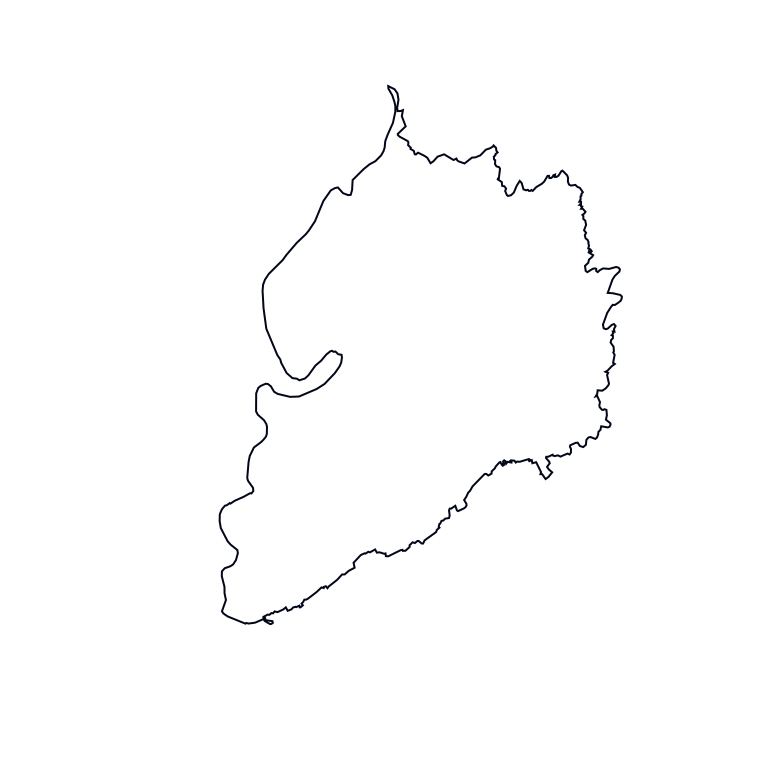 the district of Magura, Khulna, Bangladesh, rotated 222°
{"feature_id": "16705992B78415132034426", "entity_name": "Magura", "entity_type": "district", "adm_level": 2, "iso_a3": "BGD", "parent_name": "Bangladesh", "parent_adm1": "Khulna", "projection": "equal_earth", "projection_center": [89.424, 23.47], "detail": "fine", "context": "isolated", "style": "outline", "palette": "ink", "viewbox_px": 768, "rotation_deg": 222, "n_neighbors": 0, "source": "geoboundaries", "source_scale": "gbopen_adm2", "svg_char_len": 6166}
<svg xmlns="http://www.w3.org/2000/svg" viewBox="0 0 768 768"><g transform="rotate(222 384 384)"><path d="M435.6,240.7L432.5,235.5L422.8,222.7L420.3,221.1L411.9,219.2L409.5,217.0L409.3,213.9L410.4,213.3L412.9,206.1L416.8,197.4L418.1,192.3L419.0,192.2L419.7,188.7L420.8,187.1L420.6,182.4L418.9,177.4L414.3,172.0L408.8,167.7L395.0,162.5L390.5,162.0L381.9,162.5L379.4,160.5L376.2,154.1L375.4,148.9L376.3,145.6L379.1,140.5L379.1,136.3L375.9,132.6L366.8,126.5L362.5,121.8L356.9,117.7L352.3,106.6L349.7,106.0L344.5,106.7L326.6,113.2L326.5,114.2L324.2,115.5L320.1,120.4L316.3,128.6L313.9,128.1L307.9,129.4L307.1,130.5L306.8,132.1L308.2,133.1L314.1,129.2L315.7,130.5L317.3,129.7L317.8,130.2L316.1,134.8L314.7,135.8L314.4,138.4L313.0,139.3L313.1,141.8L310.5,143.2L308.0,149.0L307.5,152.3L303.8,151.0L302.0,154.5L302.0,157.1L300.7,159.2L300.0,159.4L298.6,162.6L297.2,161.6L296.6,162.2L296.2,165.2L298.3,165.7L298.2,167.9L298.9,170.4L297.6,171.6L296.9,173.5L294.9,184.2L294.3,191.1L292.3,192.0L292.9,193.0L291.9,194.8L289.4,194.4L289.6,196.6L287.8,207.0L287.7,214.4L285.8,216.2L285.2,221.5L282.9,227.8L287.0,230.8L286.8,241.3L285.2,245.1L284.3,245.5L283.4,248.8L281.8,249.5L279.9,255.1L276.5,253.9L274.6,256.0L270.2,258.0L269.5,259.1L267.4,257.3L265.5,258.9L260.5,271.5L259.3,273.1L258.4,272.6L256.5,274.4L255.9,280.0L257.1,281.3L256.8,285.5L254.6,286.5L254.2,289.5L253.3,290.5L249.2,290.7L248.2,291.6L249.2,295.0L246.2,308.9L247.1,310.9L246.7,314.3L247.6,314.3L249.2,317.0L248.8,317.8L249.7,320.8L248.6,322.2L248.5,324.8L246.0,327.9L247.2,330.2L251.1,333.6L251.8,335.4L250.7,336.4L249.5,341.2L245.3,338.9L243.9,339.1L241.3,345.2L241.0,347.3L241.5,349.1L242.6,350.1L246.8,351.4L247.3,355.0L248.7,359.5L248.6,362.2L249.7,367.2L249.0,384.4L247.9,385.6L245.3,385.8L244.1,389.3L245.5,391.1L245.2,395.5L245.8,397.6L245.8,403.0L245.3,403.9L243.9,403.2L242.8,404.1L242.3,402.8L241.0,402.8L240.7,404.3L241.5,405.4L243.7,406.2L243.6,407.7L241.7,407.9L239.9,406.6L240.1,408.8L236.7,410.9L237.3,411.7L238.7,411.5L238.6,412.2L235.8,414.3L233.5,413.8L233.2,415.4L231.1,417.0L226.1,425.2L225.4,425.3L225.3,424.2L224.4,423.9L223.3,426.3L220.7,424.4L218.6,427.7L208.3,423.6L207.4,421.7L206.2,422.8L200.3,421.5L199.6,424.9L199.9,430.9L204.3,430.8L207.4,431.5L207.8,436.0L209.3,436.8L214.1,437.4L214.7,438.4L213.2,440.0L211.4,444.3L210.5,443.9L209.0,444.6L206.9,447.4L204.3,448.1L201.1,455.0L198.9,455.8L199.2,458.1L201.5,460.8L203.9,461.8L204.6,463.1L202.2,468.5L200.8,470.0L196.9,469.0L193.7,470.5L193.3,474.0L196.2,477.9L196.3,480.9L195.2,482.7L190.2,484.6L189.9,486.8L191.2,490.0L192.6,491.8L192.5,494.8L194.3,497.9L188.6,501.5L187.8,503.1L188.4,505.3L189.5,506.3L195.2,506.0L197.5,510.0L201.4,513.6L203.3,512.8L203.7,511.4L204.8,510.7L208.3,511.1L209.9,512.5L211.3,515.0L217.6,517.8L218.4,516.4L218.9,519.2L221.0,522.3L217.3,525.1L216.3,529.1L216.4,532.9L216.9,534.7L224.2,539.9L224.9,542.2L227.6,541.3L226.8,543.5L226.7,549.5L225.9,553.3L227.9,553.0L232.1,560.0L234.7,560.8L235.1,562.2L238.3,565.3L243.3,566.4L244.6,568.8L244.5,571.1L246.1,573.0L247.5,572.6L247.5,575.0L249.1,576.1L247.7,577.1L249.9,578.7L250.7,582.1L253.3,582.4L254.3,580.2L254.8,574.9L255.8,573.2L258.0,572.4L261.0,574.6L265.7,586.2L266.9,593.2L267.0,595.9L265.3,597.2L264.2,601.6L263.8,604.5L264.6,606.6L265.8,608.2L268.0,608.3L274.6,604.6L278.7,601.4L284.1,614.5L284.8,618.8L284.3,625.1L285.4,627.1L287.4,627.4L289.8,626.3L293.7,620.2L298.5,616.5L299.8,613.0L300.0,610.2L301.9,610.0L303.4,611.6L304.6,611.1L306.0,609.2L307.7,603.2L309.8,603.0L313.7,606.3L313.3,610.8L314.9,613.6L314.4,617.9L314.8,619.7L319.9,618.7L320.5,619.9L318.5,619.8L318.5,621.7L320.9,622.1L322.9,621.4L324.2,624.0L326.2,625.2L326.9,626.3L329.0,627.3L331.6,627.1L334.3,628.9L335.0,631.6L338.2,632.1L340.3,637.5L343.8,640.1L346.3,640.0L348.1,642.1L349.7,642.4L349.2,644.7L349.5,646.8L353.6,647.2L354.8,646.1L355.4,648.5L356.5,648.0L357.4,648.9L358.5,648.0L358.5,650.2L359.6,651.3L360.8,650.2L361.6,653.0L363.5,654.9L363.3,656.1L364.4,657.1L364.6,659.6L369.7,660.8L372.2,659.9L375.0,660.0L377.9,656.5L380.0,656.0L382.7,657.4L385.2,660.4L387.5,661.6L394.1,662.0L394.6,660.7L393.7,655.5L394.4,653.3L395.6,652.2L397.0,654.1L397.8,652.4L397.3,651.0L397.6,649.0L398.9,647.7L400.6,649.1L401.7,648.1L400.4,641.5L400.7,638.4L402.6,632.2L402.7,627.0L404.3,626.8L404.4,625.6L405.4,624.5L407.0,624.6L408.0,623.0L410.6,622.0L416.2,625.5L419.0,625.7L418.0,620.0L415.6,613.1L415.9,609.3L417.7,606.7L419.1,606.6L423.1,608.5L424.0,610.9L426.9,611.5L428.7,610.3L431.6,612.9L436.4,612.2L436.8,612.9L436.2,613.6L441.8,621.6L443.4,622.2L446.1,621.0L448.5,621.6L451.1,624.7L452.4,624.5L454.5,626.4L454.3,628.5L455.0,629.4L454.5,632.1L456.7,632.6L458.7,634.4L462.2,634.6L462.0,633.1L462.9,630.2L465.1,626.3L465.4,618.4L467.7,613.6L470.1,611.1L471.7,601.8L477.4,599.4L479.2,599.2L481.0,600.0L482.2,597.0L493.0,594.9L496.3,588.8L496.3,582.7L497.1,579.2L503.2,581.1L506.7,580.6L513.5,578.7L513.9,575.9L514.9,575.3L517.9,577.2L521.6,576.4L522.2,577.5L525.9,577.6L527.5,579.9L528.8,580.4L538.1,578.2L540.5,578.4L541.1,579.1L540.3,590.0L549.9,594.9L553.2,600.2L554.2,598.1L556.5,595.9L558.8,597.8L563.5,605.0L568.5,609.0L573.4,610.1L580.2,608.2L578.4,606.5L570.9,604.0L564.8,600.5L561.5,598.1L557.7,593.8L552.1,584.1L548.1,571.7L545.6,565.4L541.7,560.1L540.1,556.6L539.1,551.9L539.5,543.8L541.7,537.7L542.9,530.3L543.8,514.6L537.6,506.9L535.3,502.3L537.0,500.4L542.1,498.4L549.8,499.2L551.5,496.8L553.1,492.3L551.5,479.4L544.2,458.8L542.6,448.1L542.3,443.1L543.3,430.5L542.9,414.7L542.2,408.3L543.3,388.8L542.3,382.0L540.3,376.9L536.5,371.9L524.1,359.6L508.4,346.3L482.6,334.1L477.4,332.8L474.7,331.0L463.7,327.0L456.0,327.1L452.2,329.7L449.4,330.1L446.4,335.2L446.0,339.8L447.3,352.0L446.3,359.1L446.6,367.3L445.8,372.2L445.0,373.8L443.0,374.2L441.8,375.6L437.9,375.5L435.1,377.3L433.0,375.6L430.1,371.2L428.8,367.4L427.8,359.2L428.2,344.3L430.7,335.2L438.8,317.8L445.2,311.6L456.4,305.5L460.5,304.7L466.5,306.6L470.3,306.3L472.0,305.1L472.9,303.3L474.4,299.9L474.8,296.9L472.7,291.5L460.7,278.0L457.1,276.7L448.9,276.8L444.6,275.5L442.3,273.9L437.7,268.5L436.5,265.9L436.3,262.1L436.5,258.4L438.2,249.8L435.6,240.7Z" fill="none" stroke="#020617" stroke-width="2"/></g></svg>